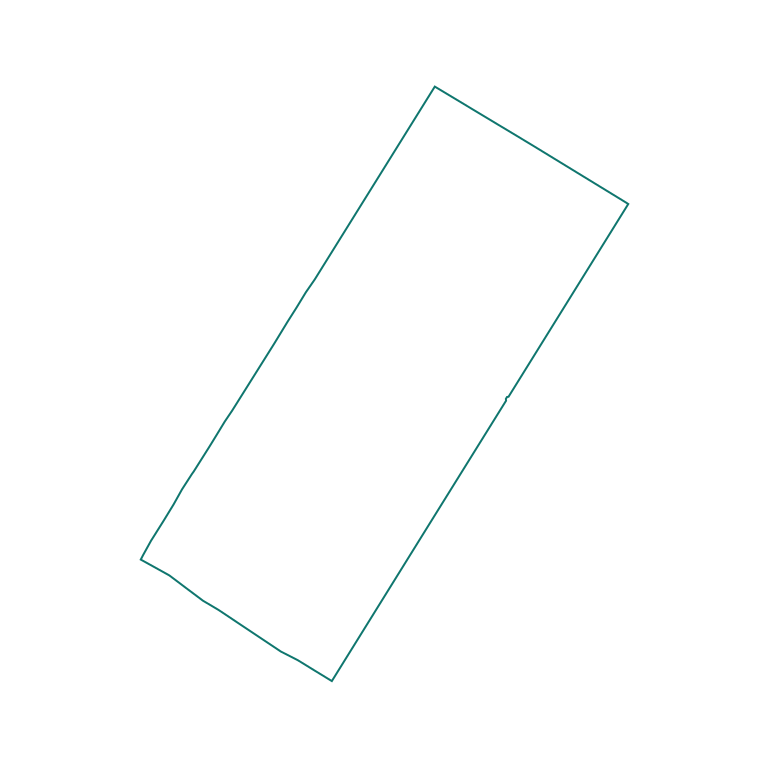 the district of Vadastrita, Olt, Romania, rotated 283°
{"feature_id": "2599482B28547583336437", "entity_name": "Vadastrita", "entity_type": "district", "adm_level": 2, "iso_a3": "ROU", "parent_name": "Romania", "parent_adm1": "Olt", "projection": "mercator", "projection_center": [24.238, 43.842], "detail": "fine", "context": "isolated", "style": "outline", "palette": "teal", "viewbox_px": 768, "rotation_deg": 283, "n_neighbors": 0, "source": "geoboundaries", "source_scale": "gbopen_adm2", "svg_char_len": 619}
<svg xmlns="http://www.w3.org/2000/svg" viewBox="0 0 768 768"><g transform="rotate(283 384 384)"><path d="M685.2,366.6L470.3,293.0L455.7,287.2L439.1,281.7L423.2,276.1L398.5,267.9L324.1,242.1L311.6,237.3L296.2,232.2L284.3,228.2L256.0,218.3L253.1,217.1L235.9,210.9L219.4,206.1L201.4,200.1L189.9,196.1L184.4,194.2L179.0,192.3L162.9,187.7L158.2,186.5L149.2,217.9L140.6,237.2L132.1,256.4L126.7,273.4L100.1,343.7L95.5,362.1L89.1,381.1L82.8,400.0L255.7,459.0L395.2,506.7L396.9,506.1L399.0,506.8L399.6,508.2L614.3,581.5L615.1,579.4L650.4,473.6L662.4,436.7L685.2,366.6Z" fill="none" stroke="#0f766e" stroke-width="2"/></g></svg>